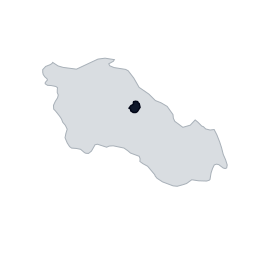 Peqin, Elbasan, Albania (highlighted), rotated 126°
{"feature_id": "67620474B93113119561724", "entity_name": "Peqin", "entity_type": "district", "adm_level": 2, "iso_a3": "ALB", "parent_name": "Albania", "parent_adm1": "Elbasan", "projection": "robinson", "projection_center": [19.782, 41.055], "detail": "fine", "context": "in_parent", "style": "filled", "palette": "ink", "viewbox_px": 256, "rotation_deg": 126, "n_neighbors": 0, "source": "geoboundaries", "source_scale": "gbopen_adm2", "svg_char_len": 1726}
<svg xmlns="http://www.w3.org/2000/svg" viewBox="0 0 256 256"><g transform="rotate(126 128 128)"><path d="M82.0,78.4L82.2,74.9L83.1,69.5L82.6,67.7L83.1,64.6L81.4,60.4L78.6,57.4L81.3,52.1L85.3,45.8L89.0,40.7L93.4,35.4L96.4,30.3L99.6,26.0L102.3,24.7L103.7,25.6L104.4,27.5L104.3,33.1L105.2,35.1L107.1,36.5L111.1,35.8L115.5,34.4L121.5,31.4L122.5,31.6L124.7,33.2L129.3,40.0L132.4,46.0L138.5,48.0L141.8,50.4L146.2,53.9L148.3,57.5L151.3,68.4L151.6,75.0L150.8,78.0L150.1,78.8L147.4,89.6L148.1,95.1L148.1,98.7L145.8,100.1L144.3,102.3L146.8,111.3L146.5,115.1L146.6,119.5L151.1,129.5L153.7,132.6L156.1,134.0L159.1,143.2L160.9,144.8L168.2,144.0L171.8,145.0L173.2,147.2L173.5,148.6L173.1,153.8L174.9,157.8L177.4,161.8L177.4,164.3L175.8,168.4L172.9,173.2L169.0,175.0L164.7,176.5L162.7,180.2L161.7,184.2L159.8,187.1L158.6,190.3L156.8,196.8L156.4,199.2L153.5,201.6L149.0,202.5L145.0,202.7L142.3,203.8L140.9,206.1L138.3,207.9L136.8,208.7L136.8,210.7L138.7,214.9L140.8,218.3L140.9,221.0L139.8,221.7L136.5,221.4L135.8,222.4L135.5,225.4L134.6,228.0L133.2,229.6L130.9,231.3L126.6,230.8L122.5,228.2L120.4,227.4L119.2,227.5L118.9,221.1L117.1,216.1L110.7,204.3L89.9,192.8L85.0,187.6L82.8,183.3L80.7,179.2L82.7,179.1L84.8,180.1L87.4,181.3L88.4,179.3L87.3,174.8L82.0,164.4L81.6,161.5L84.2,152.7L88.6,142.9L88.3,131.0L89.7,122.0L88.2,116.2L87.5,109.0L90.7,99.5L93.4,97.1L95.1,94.1L95.2,84.0L89.1,79.3L82.0,78.4Z" fill="#d9dde1" stroke="#a8b0b8" stroke-width="1"/><path d="M104.2,130.4L101.7,133.3L101.6,134.8L101.0,135.7L101.9,137.6L103.4,138.9L104.8,138.3L105.2,137.7L106.0,137.7L108.3,138.8L111.3,138.8L111.2,137.0L112.5,135.8L112.4,133.0L111.4,131.5L110.7,130.7L109.1,130.1L104.2,130.4Z" fill="#0f172a" stroke="#020617" stroke-width="1.5"/></g></svg>